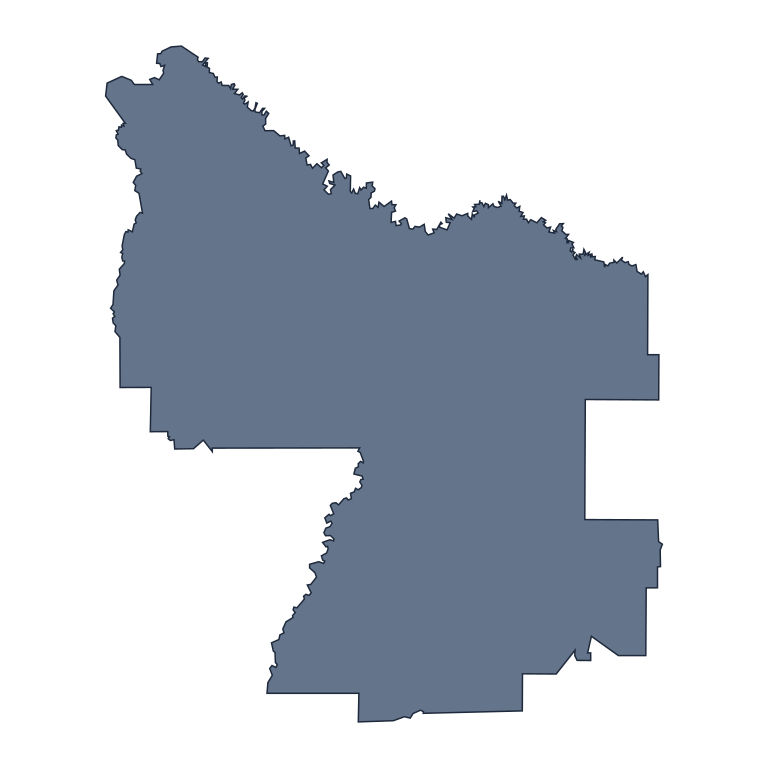 the district of Campaspe, Victoria, Australia
{"feature_id": "25037944B18187162419032", "entity_name": "Campaspe", "entity_type": "district", "adm_level": 2, "iso_a3": "AUS", "parent_name": "Australia", "parent_adm1": "Victoria", "projection": "orthographic", "projection_center": [144.612, -36.323], "detail": "fine", "context": "isolated", "style": "filled", "palette": "slate", "viewbox_px": 768, "rotation_deg": 0, "n_neighbors": 0, "source": "geoboundaries", "source_scale": "gbopen_adm2", "svg_char_len": 6075}
<svg xmlns="http://www.w3.org/2000/svg" viewBox="0 0 768 768"><path d="M198.1,57.2L181.4,46.1L171.1,46.9L162.2,51.1L160.7,53.7L157.6,53.8L156.6,63.3L159.8,63.5L161.0,66.6L164.6,65.3L163.0,70.6L163.7,73.2L159.2,79.8L154.5,77.6L149.7,79.4L152.7,84.5L134.4,84.5L131.3,80.3L121.8,76.4L107.1,83.1L105.6,96.1L125.3,123.3L123.0,123.5L123.8,126.0L121.5,125.1L121.4,127.3L119.0,126.8L118.4,130.1L116.3,130.6L118.1,134.2L116.3,134.9L115.9,138.0L117.8,140.2L118.2,145.5L122.3,149.7L125.1,149.8L126.6,154.1L130.9,158.3L134.9,159.8L136.3,168.1L140.8,169.0L140.2,171.1L141.9,173.6L136.6,176.2L133.2,182.4L135.7,185.3L134.8,190.6L139.0,193.3L142.5,213.1L140.1,212.4L136.5,216.3L135.2,220.0L136.2,222.9L134.1,224.1L132.4,231.8L128.2,229.8L127.9,232.1L125.9,231.6L124.3,234.7L122.1,245.9L122.8,249.8L120.6,252.5L122.7,253.4L121.8,257.2L122.7,260.9L124.6,261.2L124.3,263.6L119.3,269.2L120.1,275.1L116.7,280.1L118.0,285.0L113.9,290.8L113.0,304.5L110.6,308.3L114.4,311.9L113.1,313.7L114.8,316.5L112.5,318.2L113.2,323.0L115.8,325.7L115.0,331.6L119.9,337.4L120.1,387.5L151.2,387.4L150.3,431.7L167.7,431.6L167.9,436.4L169.4,436.7L168.2,438.7L170.4,440.5L174.0,439.7L174.7,449.0L193.5,448.7L203.3,440.1L212.3,451.6L212.3,448.1L359.7,447.9L357.9,451.2L360.3,452.6L363.4,461.1L363.2,462.9L360.6,461.4L358.2,463.7L358.4,466.7L355.3,468.3L353.9,474.0L362.1,476.1L363.2,479.2L360.9,479.5L359.8,481.9L361.9,485.3L361.3,487.6L358.1,489.8L355.6,488.3L354.2,491.9L350.5,493.3L351.4,498.7L348.0,500.0L346.6,497.9L343.9,498.7L338.5,504.9L336.0,502.7L332.3,503.3L330.3,505.4L333.7,513.7L330.6,515.7L329.0,514.3L324.8,517.8L326.8,523.1L330.8,521.1L332.1,523.3L329.9,526.7L325.8,528.2L323.9,532.7L325.5,535.7L330.5,535.6L333.9,538.9L333.6,540.9L330.0,539.7L322.6,542.4L326.0,546.9L327.6,546.3L328.1,548.9L326.6,553.0L321.4,555.8L322.7,560.1L324.8,561.1L323.6,563.4L318.7,561.7L309.6,564.3L309.6,567.9L315.0,572.8L316.5,577.1L310.8,584.4L307.3,585.0L311.2,592.8L309.0,595.4L306.0,594.3L303.6,596.2L304.4,599.0L297.0,607.8L293.9,607.1L293.1,609.8L295.2,612.7L292.6,615.4L292.9,617.6L286.0,621.8L282.8,629.0L284.0,632.8L279.9,634.9L278.9,639.5L271.5,642.8L273.3,651.0L275.0,652.4L275.4,662.6L277.3,664.5L275.8,667.5L272.0,665.5L269.7,668.5L272.3,675.3L267.9,682.6L267.0,693.3L358.9,693.3L358.3,721.9L393.4,720.7L404.4,716.7L410.2,718.1L413.1,713.5L420.5,710.2L423.5,711.7L423.2,713.3L522.3,710.9L522.5,673.8L556.2,674.0L575.0,650.2L574.8,655.6L577.1,660.4L590.7,660.5L590.7,652.9L587.6,652.9L591.4,636.3L618.4,655.6L645.8,655.6L646.2,587.9L657.5,587.8L657.5,566.9L660.5,566.6L660.2,549.9L662.4,544.2L658.6,541.6L657.7,519.9L584.8,519.6L585.0,463.7L585.3,399.5L658.7,399.9L658.9,354.7L647.6,354.7L647.9,274.6L645.5,276.7L643.3,271.8L641.4,274.1L637.1,271.5L635.9,264.6L632.0,265.9L629.1,264.6L628.2,261.7L625.0,262.6L621.4,260.1L622.7,257.1L616.8,263.0L613.9,260.1L614.0,262.3L609.6,263.2L607.8,265.9L605.2,264.5L604.7,267.3L603.8,261.9L594.8,259.8L595.3,256.5L592.5,256.8L592.0,254.7L590.5,257.7L590.7,254.2L588.1,255.3L589.1,252.3L584.8,255.2L585.5,252.5L583.9,249.4L583.1,254.2L579.3,254.1L580.6,258.0L576.6,254.6L575.7,257.0L577.2,259.4L575.6,259.6L572.9,254.9L575.0,252.6L572.8,251.3L573.0,248.9L571.5,252.0L570.2,250.9L570.8,247.9L573.9,247.8L572.0,244.0L573.4,242.4L568.5,240.5L568.4,242.7L566.9,242.7L567.3,239.0L565.5,238.5L568.5,234.4L566.0,234.5L561.9,230.8L562.9,227.4L561.3,226.0L563.3,223.6L559.6,223.8L555.9,229.2L556.5,231.7L553.4,230.5L554.6,233.1L548.9,232.0L550.6,227.1L547.0,228.0L543.6,224.8L545.5,222.7L543.2,221.8L545.7,220.3L541.4,217.6L536.8,222.8L530.7,219.7L528.4,222.7L526.5,219.2L523.5,219.3L524.3,215.9L520.8,216.4L523.0,212.5L519.1,211.3L519.8,206.4L516.7,208.0L514.2,205.6L515.8,203.2L513.1,203.1L510.1,199.5L507.6,200.2L506.5,195.1L504.8,199.7L503.5,196.3L502.0,196.3L501.8,203.4L498.3,201.3L501.1,206.1L497.7,207.5L494.1,206.5L492.9,203.8L488.4,207.7L488.4,204.7L485.4,203.3L483.9,206.5L481.9,202.8L479.9,202.8L479.9,200.3L479.3,204.2L474.6,204.5L475.8,206.7L472.8,207.0L474.2,208.3L472.7,211.6L476.7,210.8L478.1,213.1L474.3,215.0L474.5,217.4L472.3,214.0L471.5,219.4L467.9,216.2L467.7,213.4L461.9,215.8L456.7,214.0L454.1,218.1L448.2,213.8L452.0,219.5L445.8,217.7L446.3,222.3L450.2,222.7L447.1,229.9L439.7,227.3L439.5,224.9L442.1,223.6L440.9,222.2L436.8,229.4L432.7,229.1L434.1,232.8L428.1,235.0L425.3,231.5L424.2,224.3L419.5,227.1L415.0,226.4L412.8,229.2L409.4,228.5L406.7,218.9L404.9,217.8L399.1,221.1L401.5,223.8L400.6,225.0L396.0,225.5L395.5,221.4L391.1,222.4L391.6,212.4L395.5,211.1L394.2,207.8L395.9,204.7L392.0,204.7L391.5,201.1L384.1,206.5L379.0,202.1L378.1,207.3L375.3,205.1L372.8,208.5L369.9,208.5L368.7,199.6L371.0,197.3L371.2,192.9L374.4,191.2L375.0,188.7L372.2,186.0L372.7,182.1L366.4,183.0L366.3,188.2L363.6,187.2L361.0,190.0L359.7,187.7L357.7,193.8L355.3,193.3L353.6,189.1L351.7,192.9L350.3,191.6L350.6,175.9L346.7,174.1L346.4,178.1L344.8,178.5L340.8,171.4L337.9,171.9L333.0,175.0L333.8,182.5L328.9,180.9L329.7,183.5L335.0,185.1L330.5,189.6L331.3,193.6L328.5,194.3L324.0,189.9L327.3,186.2L322.7,183.9L328.4,171.0L325.6,167.9L329.2,165.0L327.0,162.4L327.1,159.3L321.3,162.9L323.8,165.3L321.6,167.7L316.9,163.7L312.5,168.3L310.5,164.4L307.1,165.0L305.8,158.0L309.0,155.8L304.6,151.1L299.5,153.5L299.1,148.1L295.2,148.0L294.7,140.9L293.3,141.0L293.2,145.0L291.1,145.8L288.6,137.2L284.9,138.9L284.7,135.4L279.9,135.9L273.7,130.6L265.0,130.7L262.9,126.2L265.7,124.0L265.6,118.5L268.7,113.4L266.3,111.2L263.9,115.2L261.9,114.8L261.9,111.5L264.6,108.4L262.7,108.3L259.5,112.7L255.5,112.0L254.7,110.0L257.3,103.4L256.0,102.7L255.0,108.1L253.1,111.1L251.2,110.6L247.3,107.2L248.1,102.0L244.8,104.2L243.5,103.1L244.9,100.3L244.2,97.8L247.4,96.1L244.6,96.1L242.5,99.0L241.2,97.6L243.2,94.5L242.3,92.8L239.5,94.9L234.5,93.6L237.8,89.3L232.6,89.2L234.9,85.1L234.1,83.7L231.3,84.5L230.5,88.5L228.7,85.5L222.1,85.4L221.2,82.0L218.4,83.2L217.0,81.5L217.3,77.0L215.0,77.2L213.3,73.5L209.3,72.5L209.5,68.4L207.1,67.0L207.4,62.7L205.5,62.9L205.6,66.5L202.6,65.0L208.2,58.4L205.0,58.0L202.5,61.6L198.8,61.8L197.4,59.9L198.1,57.2Z" fill="#64748b" stroke="#1e293b" stroke-width="1.5"/></svg>